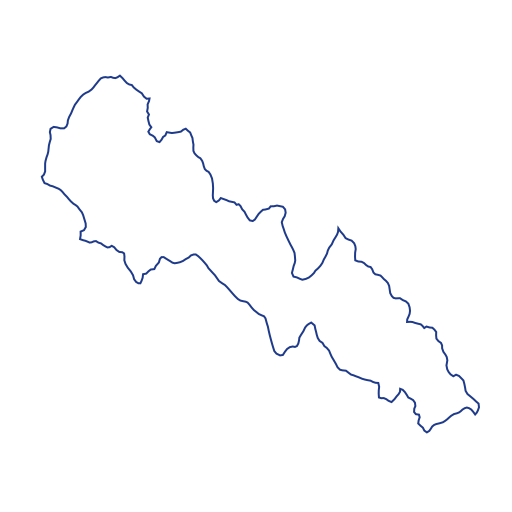 Chapada do Norte, Minas Gerais, Brazil, rotated 353°
{"feature_id": "56859067B97851248273479", "entity_name": "Chapada do Norte", "entity_type": "district", "adm_level": 2, "iso_a3": "BRA", "parent_name": "Brazil", "parent_adm1": "Minas Gerais", "projection": "equal_earth", "projection_center": [-42.387, -17.157], "detail": "fine", "context": "isolated", "style": "outline", "palette": "blue", "viewbox_px": 512, "rotation_deg": 353, "n_neighbors": 0, "source": "geoboundaries", "source_scale": "gbopen_adm2", "svg_char_len": 5975}
<svg xmlns="http://www.w3.org/2000/svg" viewBox="0 0 512 512"><g transform="rotate(353 256 256)"><path d="M142.9,60.4L140.3,61.7L138.1,62.3L135.9,61.7L133.8,60.6L130.7,60.8L128.5,60.1L126.2,60.1L123.6,60.8L121.1,63.0L119.2,64.9L117.1,66.9L115.2,68.9L113.1,70.7L109.9,72.5L106.9,73.4L104.2,74.7L101.5,76.7L99.4,78.8L97.2,81.2L94.7,83.8L93.1,86.3L91.7,88.6L89.9,91.8L87.5,95.2L85.8,98.5L85.1,101.6L83.6,104.3L81.1,105.9L77.3,105.4L74.2,104.1L70.9,103.2L67.6,104.7L66.5,107.9L66.8,111.0L66.5,114.8L65.2,117.7L64.0,120.8L63.2,124.2L62.5,127.2L61.5,129.8L60.2,132.3L58.7,135.9L58.0,138.4L57.5,142.3L57.0,146.4L55.4,149.4L53.1,151.2L53.7,154.2L55.0,157.9L57.6,159.1L60.1,161.0L62.7,162.0L66.0,163.9L68.3,165.2L70.1,166.7L71.6,168.6L73.4,171.4L75.7,174.4L77.0,176.5L78.8,179.1L81.2,181.9L83.1,183.4L84.8,185.1L86.5,188.2L88.5,191.4L89.4,194.3L90.0,197.8L90.5,200.6L90.9,203.1L90.6,206.5L88.4,209.4L84.9,210.4L84.5,214.1L83.4,217.8L86.2,219.2L88.5,220.1L90.5,221.2L92.5,222.4L94.5,222.4L96.8,221.7L99.0,221.7L101.2,223.5L103.7,224.6L105.4,226.3L107.5,228.0L109.6,229.4L111.7,229.4L114.0,228.3L116.3,230.0L118.3,233.1L120.8,235.3L123.8,236.0L125.4,237.4L125.4,240.4L124.8,244.2L125.5,247.9L127.3,252.0L129.8,256.0L131.6,260.1L132.2,264.2L133.9,267.2L135.9,268.7L137.9,269.0L139.2,267.0L140.8,263.9L141.7,260.3L144.9,260.1L147.4,258.1L149.9,256.6L153.5,256.6L155.4,253.6L158.8,250.6L160.3,247.1L162.1,245.6L164.3,245.9L166.7,247.9L168.7,249.5L170.5,250.9L172.2,252.4L174.4,253.3L177.0,253.2L179.8,252.9L183.0,252.0L185.7,250.6L189.1,249.3L191.5,247.5L194.3,246.9L196.4,247.1L198.7,249.2L200.6,251.5L202.3,253.7L204.3,256.6L206.1,259.4L207.3,262.3L208.9,264.5L210.8,267.2L212.9,270.1L214.6,273.3L216.2,276.3L218.9,278.8L221.6,281.0L223.4,283.3L225.4,286.2L227.8,289.8L230.0,293.0L232.7,296.4L235.0,298.3L237.7,299.3L240.2,300.1L242.0,301.2L243.5,303.4L245.3,306.5L247.3,309.4L249.4,311.5L251.7,313.9L254.1,315.4L256.6,316.8L257.8,319.0L258.2,321.8L258.6,324.5L259.2,327.6L259.5,331.6L260.0,336.3L260.7,341.4L261.3,345.4L261.9,348.9L262.6,352.6L264.4,355.4L267.8,357.6L270.6,357.5L273.1,354.5L275.5,352.1L278.4,350.6L281.4,350.3L283.6,351.0L285.6,350.4L287.3,348.1L288.4,345.1L289.1,342.3L291.1,339.7L293.8,336.5L296.1,332.9L298.0,331.1L299.8,330.0L302.7,328.8L305.7,332.0L306.0,335.8L306.4,338.6L306.7,341.6L307.3,344.9L308.8,348.1L311.4,350.3L312.9,353.8L315.0,355.8L317.0,358.8L317.8,361.8L318.8,365.1L320.5,369.0L322.2,373.0L323.4,376.4L325.5,379.1L327.8,380.0L331.3,380.8L333.9,383.4L335.9,385.3L338.3,386.3L340.2,387.4L343.0,388.8L346.4,390.8L349.0,391.9L351.5,392.8L354.5,393.7L356.8,395.3L359.2,396.4L361.9,396.9L362.3,400.8L361.5,404.2L361.0,407.6L360.8,411.4L363.0,412.4L365.5,412.6L367.9,414.0L369.8,415.8L372.7,417.5L376.1,414.9L378.5,412.4L380.7,410.5L382.4,408.3L382.9,405.4L385.3,406.7L387.2,409.2L388.7,412.2L389.9,415.0L392.2,416.5L394.4,418.2L395.9,421.0L395.9,424.4L394.5,426.8L393.9,430.1L395.4,432.5L398.4,433.3L398.8,436.0L397.4,439.0L396.6,442.0L398.6,444.5L400.7,446.7L401.8,449.8L404.1,451.9L406.7,450.7L408.6,448.6L410.1,446.7L412.2,445.4L414.3,444.8L417.8,444.4L421.3,443.8L423.8,442.6L426.0,441.3L427.8,440.0L430.2,438.4L433.3,437.0L436.3,436.6L438.5,436.0L440.3,435.0L442.2,433.6L444.6,432.5L446.8,432.1L448.9,433.0L450.9,434.6L452.6,437.1L454.2,440.0L456.0,438.4L457.5,436.2L458.9,433.3L458.9,429.6L456.8,427.3L454.4,424.4L451.7,421.5L449.1,418.8L447.6,415.4L447.5,412.2L447.2,408.3L446.7,404.8L445.0,402.5L442.9,399.8L440.1,398.2L437.2,399.4L434.7,397.2L433.1,394.7L432.0,391.8L431.7,387.8L433.2,382.9L433.0,379.5L432.0,377.0L430.3,373.9L429.5,370.3L429.8,367.4L429.0,364.8L426.7,362.7L425.0,360.0L425.1,356.7L425.6,353.4L424.1,350.8L422.3,348.7L419.6,348.1L416.6,346.8L414.2,348.0L412.7,345.6L411.2,343.9L408.7,343.0L405.7,341.8L403.3,340.6L401.0,340.1L397.9,339.9L398.4,337.3L399.9,334.9L401.4,332.2L402.2,329.2L402.2,325.6L401.4,321.9L399.2,319.3L396.4,317.7L393.7,315.4L389.5,315.1L387.4,314.3L385.9,312.3L384.7,309.2L384.6,305.6L384.5,301.9L383.6,298.9L381.9,296.4L380.1,294.5L378.7,292.5L377.2,290.6L374.6,289.5L372.2,288.7L370.6,286.8L369.7,283.3L368.4,280.9L366.1,280.1L364.1,278.3L362.4,276.2L360.1,274.6L356.8,273.9L354.0,272.4L354.2,268.8L354.8,264.8L355.8,261.3L355.8,258.4L355.0,255.3L352.8,252.4L349.7,250.9L347.1,249.2L345.4,245.7L342.8,241.9L341.1,238.5L340.4,242.0L339.1,244.6L337.1,247.2L334.9,249.9L332.6,253.7L329.7,256.6L327.9,259.4L326.8,262.2L324.8,265.2L322.9,267.7L321.0,271.0L318.7,273.6L316.0,275.9L313.2,277.8L311.4,280.0L308.8,282.0L305.9,283.8L302.7,284.8L299.1,285.2L296.8,284.0L293.9,282.2L290.7,281.0L289.6,277.2L290.9,273.9L292.2,270.4L293.6,267.7L294.4,265.2L294.6,260.6L294.6,257.6L293.7,254.4L292.8,251.9L291.6,248.9L290.3,245.2L288.7,240.4L287.5,236.3L286.8,232.6L286.1,229.4L285.7,225.6L287.4,222.4L289.3,220.1L290.7,216.7L290.6,213.3L288.7,210.4L285.7,209.4L283.0,208.5L279.9,208.8L276.6,208.5L274.6,210.5L270.9,211.0L268.5,211.0L266.2,212.6L263.8,214.5L261.7,216.9L259.3,219.7L257.0,220.9L254.2,219.9L252.3,216.7L251.0,213.5L250.0,210.7L248.0,208.0L246.7,204.5L245.1,202.5L242.9,202.8L241.2,200.2L238.3,199.2L235.9,198.4L233.5,196.9L230.7,195.5L228.1,194.2L226.0,196.3L223.1,197.7L221.2,196.1L220.4,193.5L220.5,190.6L221.1,187.1L221.7,183.4L222.0,178.8L221.8,173.7L220.7,169.6L219.2,166.7L217.3,165.4L215.8,163.5L215.1,160.5L214.8,157.6L214.2,155.1L212.7,152.2L210.9,150.9L209.1,148.9L207.5,146.6L206.7,144.1L207.0,140.8L207.5,137.9L207.3,134.5L207.3,131.1L206.5,128.5L205.7,125.4L203.6,123.3L201.8,121.1L199.2,121.8L196.6,123.4L193.7,123.6L190.6,123.7L187.5,123.7L185.1,123.0L182.5,122.2L180.7,125.3L178.3,126.5L176.4,129.1L174.1,131.2L171.5,129.9L170.0,125.9L168.2,124.0L165.4,122.2L164.3,119.5L165.9,117.4L167.8,115.4L166.2,112.6L165.7,109.0L165.4,105.4L167.0,102.5L165.5,99.3L166.6,95.8L166.9,92.3L168.7,89.2L169.5,86.7L166.6,86.6L164.2,84.1L162.5,80.6L160.2,78.7L157.5,76.3L155.1,73.7L153.6,71.2L151.1,70.3L148.9,68.6L146.8,65.7L145.2,63.2L142.9,60.4Z" fill="none" stroke="#1e3a8a" stroke-width="2"/></g></svg>